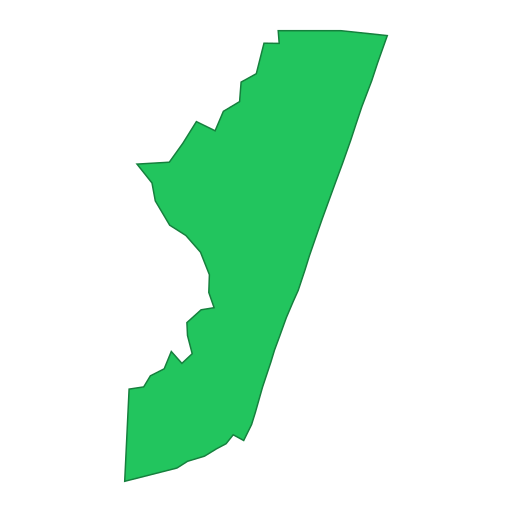 outline of Imbé, Rio Grande do Sul, Brazil
{"feature_id": "56859067B97443140399595", "entity_name": "Imbé", "entity_type": "district", "adm_level": 2, "iso_a3": "BRA", "parent_name": "Brazil", "parent_adm1": "Rio Grande do Sul", "projection": "equal_earth", "projection_center": [-50.118, -29.935], "detail": "fine", "context": "isolated", "style": "filled", "palette": "green", "viewbox_px": 512, "rotation_deg": 0, "n_neighbors": 0, "source": "geoboundaries", "source_scale": "gbopen_adm2", "svg_char_len": 899}
<svg xmlns="http://www.w3.org/2000/svg" viewBox="0 0 512 512"><path d="M387.3,35.6L341.1,30.7L324.4,30.7L313.5,30.7L296.2,30.7L278.2,30.7L279.2,43.4L264.0,43.2L256.3,73.7L241.1,82.1L239.6,101.6L223.4,111.3L215.1,130.8L196.4,121.6L182.9,143.2L169.3,162.2L137.0,164.1L152.0,183.0L155.3,200.9L169.7,225.2L185.9,235.5L200.5,252.2L209.4,274.7L208.8,292.5L214.1,307.7L201.1,309.8L186.9,322.6L187.5,335.5L192.2,353.7L181.9,363.4L171.3,351.5L164.2,368.8L150.4,375.8L143.7,386.9L129.1,389.1L124.7,481.3L177.0,468.0L187.5,461.3L204.6,456.1L216.5,448.8L226.1,443.7L233.2,434.8L243.7,440.5L251.6,424.5L255.3,412.6L262.6,386.9L270.9,362.0L274.5,350.1L279.6,336.3L286.3,317.7L293.2,301.5L298.2,290.4L305.1,269.6L309.4,255.8L315.1,239.3L322.4,218.4L329.1,200.0L335.4,182.7L342.5,163.5L350.8,140.0L356.1,123.8L361.9,106.5L371.7,80.8L377.6,62.9L387.3,35.6Z" fill="#22c55e" stroke="#15803d" stroke-width="1.5"/></svg>